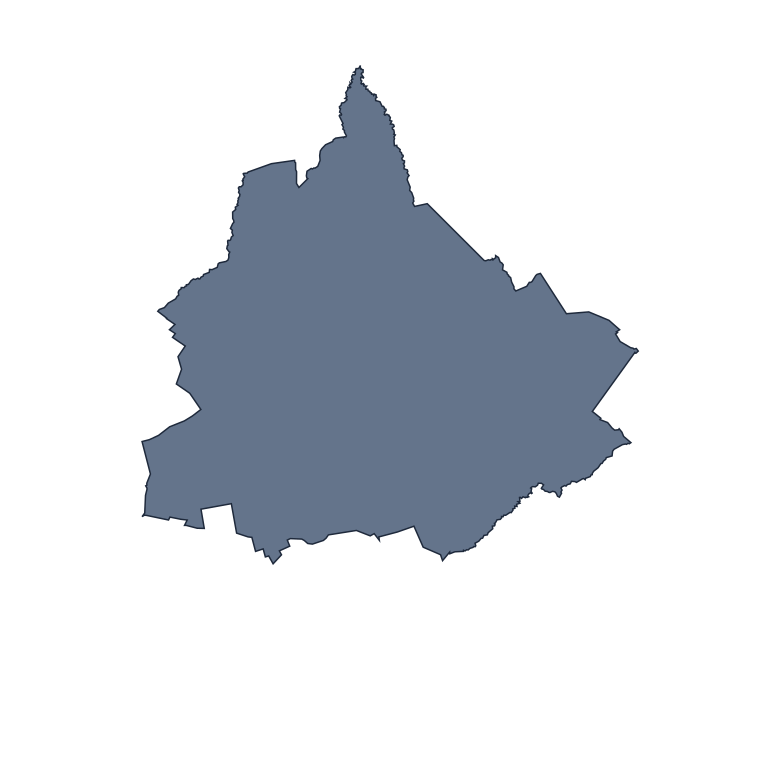 Nogoya, Entre Ríos, Argentina (Albers equal-area conic projection), rotated 305°
{"feature_id": "61730980B78785017489869", "entity_name": "Nogoya", "entity_type": "district", "adm_level": 2, "iso_a3": "ARG", "parent_name": "Argentina", "parent_adm1": "Entre Ríos", "projection": "albers", "projection_center": [-59.632, -32.251], "detail": "fine", "context": "isolated", "style": "filled", "palette": "slate", "viewbox_px": 768, "rotation_deg": 305, "n_neighbors": 0, "source": "geoboundaries", "source_scale": "gbopen_adm2", "svg_char_len": 6171}
<svg xmlns="http://www.w3.org/2000/svg" viewBox="0 0 768 768"><g transform="rotate(305 384 384)"><path d="M182.6,363.7L173.2,374.8L179.6,379.6L174.3,386.0L177.0,388.2L173.1,396.3L185.3,398.0L187.3,394.0L197.1,399.8L200.7,394.3L203.6,395.9L209.8,405.6L210.1,408.4L209.6,413.0L211.8,417.2L221.1,424.1L224.5,425.0L228.5,425.0L248.2,445.4L251.7,459.8L255.8,461.8L253.3,469.8L255.8,467.5L270.5,479.9L284.7,490.1L272.8,509.7L276.6,528.2L272.9,533.3L284.0,534.2L282.7,535.3L287.2,538.3L292.4,545.0L293.4,544.5L293.7,546.1L295.7,546.8L296.3,548.1L298.7,548.7L301.1,550.6L302.4,550.8L303.0,552.0L304.1,552.0L305.8,549.9L309.6,551.8L313.2,552.1L314.3,553.2L317.3,552.7L319.7,555.2L321.9,554.6L327.8,556.1L329.7,554.3L331.2,555.9L332.4,555.7L333.2,554.4L333.9,554.9L337.6,554.5L339.8,556.9L341.9,557.1L342.9,556.3L343.6,557.7L345.3,557.4L346.3,559.0L351.1,560.9L351.6,562.0L354.7,562.0L355.5,561.1L357.3,562.5L358.9,561.1L360.0,563.2L361.5,561.6L364.2,563.7L364.5,561.3L365.7,562.8L368.8,560.1L369.3,560.6L369.2,562.3L371.4,562.6L371.9,565.0L372.9,565.2L373.1,566.2L374.6,567.2L374.7,566.2L375.4,565.7L377.4,565.7L379.0,566.5L378.9,567.7L379.6,567.9L380.4,566.0L382.9,565.0L382.9,563.8L384.0,564.0L385.3,564.7L386.5,566.9L389.2,567.8L391.2,567.3L393.0,570.0L392.9,572.6L388.8,572.7L388.5,573.4L389.1,575.2L388.6,577.4L389.7,579.5L389.8,581.2L390.3,582.2L392.7,583.6L393.7,585.7L393.2,587.9L391.6,590.5L391.9,592.6L396.4,592.1L397.0,590.9L399.2,590.7L400.3,588.6L401.8,588.8L404.4,590.2L404.8,591.7L406.8,591.9L409.0,593.8L411.8,593.4L413.6,596.4L413.8,598.1L420.4,601.1L421.0,601.7L421.0,603.7L422.4,603.2L426.5,606.1L428.1,605.7L429.2,606.6L430.2,605.9L432.8,605.8L438.2,607.4L443.2,607.3L444.1,608.2L446.8,608.0L449.4,608.8L451.2,608.3L455.9,612.1L460.1,609.8L462.5,609.9L471.1,614.1L473.3,616.2L473.7,617.3L475.4,617.9L475.7,619.2L477.6,619.9L478.5,610.4L481.0,606.5L482.2,602.3L481.0,602.3L478.5,599.4L478.8,595.9L480.7,589.3L478.7,581.3L480.3,581.3L481.0,570.4L553.7,571.4L553.3,572.1L553.9,572.8L556.8,573.4L557.8,570.3L556.0,568.7L556.2,567.5L555.2,565.2L554.2,553.1L557.8,545.0L560.0,545.8L560.0,544.4L563.6,545.9L565.2,531.8L560.5,510.4L546.2,493.1L564.3,448.7L561.6,446.5L559.9,446.1L552.8,446.5L551.4,445.9L550.6,444.7L545.9,444.9L535.8,438.6L536.5,435.8L538.2,434.7L540.7,430.1L543.8,426.7L543.9,424.1L544.5,423.8L544.8,421.8L546.0,420.6L545.5,415.6L550.0,413.3L550.7,411.2L550.6,409.1L553.3,405.2L553.2,401.8L551.5,403.0L549.0,402.2L548.9,401.0L548.0,401.8L547.6,400.4L546.3,399.9L545.6,398.2L543.3,396.7L542.6,395.2L556.5,316.0L547.0,307.2L548.7,303.7L551.0,303.6L551.5,302.6L553.3,301.7L556.7,296.9L557.3,294.0L560.3,292.5L564.6,285.8L567.3,284.8L569.1,285.0L570.2,281.8L571.6,281.7L572.8,280.3L571.8,277.1L572.9,276.1L574.3,275.9L575.6,273.5L576.8,273.9L578.5,272.8L578.0,270.6L579.1,269.1L581.2,269.3L582.3,268.5L582.1,267.2L583.5,265.6L583.6,263.5L585.3,262.8L585.7,258.6L586.8,257.6L585.2,255.8L589.2,252.5L591.1,251.8L592.0,250.4L594.5,250.4L594.2,248.7L595.4,248.6L597.0,247.1L597.8,246.1L597.6,244.9L598.6,243.8L600.8,244.6L601.8,243.4L601.8,242.1L600.6,240.1L603.8,239.6L603.3,237.5L606.0,236.3L606.5,234.2L607.0,234.0L606.6,231.6L604.8,230.7L604.9,229.6L606.7,229.2L607.0,228.3L609.1,228.9L610.2,228.0L609.6,226.4L610.6,225.8L611.1,224.3L610.4,223.2L612.9,218.8L611.4,214.6L613.2,213.2L614.7,213.7L615.2,212.4L616.3,211.8L615.9,209.9L614.5,210.0L615.2,208.6L614.3,207.6L615.2,206.6L614.8,205.4L615.6,204.5L615.1,202.9L616.2,201.7L615.1,200.1L617.1,198.7L618.0,198.9L616.6,196.5L617.3,195.7L618.0,195.9L618.3,194.6L616.8,193.6L616.9,192.8L619.5,192.0L619.4,190.9L621.7,189.1L622.4,189.2L622.8,191.6L623.4,191.5L624.9,187.5L626.1,187.4L627.1,188.2L629.4,186.7L628.7,184.3L629.3,184.2L629.5,182.9L631.4,182.0L627.9,182.3L626.3,180.2L623.7,181.2L622.1,180.4L622.5,182.1L621.1,182.9L619.9,182.3L619.6,181.0L617.5,181.1L616.2,182.3L615.9,183.5L614.7,182.9L613.7,183.1L613.0,184.8L610.9,184.7L611.1,183.7L610.2,184.7L609.5,184.0L608.4,184.3L608.0,186.5L607.1,186.3L606.3,184.2L604.3,185.5L600.7,185.5L599.5,187.2L598.3,187.7L598.1,189.0L595.5,188.3L596.1,190.0L595.6,190.7L591.8,190.0L589.8,188.1L587.6,189.0L585.6,188.4L584.4,189.5L584.5,190.5L581.2,191.7L581.0,193.8L580.2,194.8L579.6,194.7L579.1,193.5L578.0,193.5L573.9,201.0L572.3,200.8L571.1,203.5L569.2,204.1L569.0,206.2L567.7,207.0L565.7,210.9L564.6,211.0L563.6,209.6L562.6,209.6L562.7,208.7L557.7,203.4L555.0,202.4L553.2,202.9L546.5,198.9L541.2,198.1L538.3,198.2L534.2,200.3L530.5,203.4L524.3,204.9L521.3,203.7L520.8,202.7L519.1,202.0L518.8,200.7L514.1,198.9L510.0,201.0L508.5,202.6L508.5,203.8L496.2,201.6L498.1,197.3L507.8,190.6L508.9,188.7L514.5,184.7L514.5,183.8L515.9,182.5L499.9,165.4L479.7,151.1L478.3,151.0L476.1,148.3L475.4,148.1L473.8,151.0L470.8,150.9L470.0,151.9L469.1,151.4L468.4,152.9L466.4,154.3L463.6,153.8L462.6,152.3L461.0,152.3L459.4,154.4L457.6,154.9L456.7,157.2L454.8,158.1L452.5,158.0L452.2,158.8L450.1,159.2L449.1,160.3L446.8,160.6L446.7,161.9L443.5,160.8L441.9,162.4L438.0,161.4L432.7,165.2L431.9,166.9L430.4,168.3L428.8,168.0L423.3,169.0L423.0,171.6L421.0,172.4L419.1,175.3L416.8,174.7L414.2,175.6L413.1,175.3L412.3,173.9L411.4,173.9L408.2,176.6L407.3,176.4L404.7,177.6L403.5,181.1L403.6,182.0L401.0,182.5L398.7,184.3L396.1,185.1L393.8,184.3L388.9,179.7L387.4,179.2L383.9,180.5L379.1,177.6L377.8,175.4L375.2,176.8L370.2,173.4L368.7,174.0L366.5,172.8L364.5,172.9L363.9,172.2L364.0,170.9L361.4,169.5L360.7,167.6L357.9,166.7L353.5,166.7L351.9,165.2L351.1,165.9L350.0,165.1L348.4,165.1L346.7,162.6L345.7,163.2L343.1,162.4L341.2,162.8L338.9,164.9L337.1,164.2L334.2,164.5L326.6,160.9L320.6,160.3L316.2,157.2L313.8,157.0L313.3,168.3L312.8,168.3L312.9,178.6L305.4,177.1L305.6,184.1L300.9,184.0L301.1,199.4L288.2,199.6L280.0,209.7L264.9,213.9L265.0,230.2L258.1,248.6L247.7,245.3L239.2,241.6L226.1,233.0L212.6,228.8L203.8,223.7L198.1,218.8L176.3,244.3L166.7,246.6L165.1,247.8L163.9,247.2L162.8,249.5L161.9,250.2L156.0,252.5L141.1,262.0L136.6,261.9L139.1,263.0L140.1,264.7L149.0,285.5L152.2,285.0L156.7,295.3L159.7,300.8L153.8,301.7L154.7,303.0L158.7,313.7L162.6,319.6L176.5,305.9L198.4,327.6L177.3,348.8L180.8,360.4L182.6,363.7Z" fill="#64748b" stroke="#1e293b" stroke-width="1.5"/></g></svg>